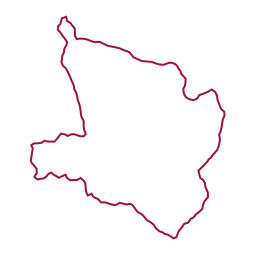 Indaiatuba, São Paulo, Brazil, rotated 183°
{"feature_id": "56859067B18588423436389", "entity_name": "Indaiatuba", "entity_type": "district", "adm_level": 2, "iso_a3": "BRA", "parent_name": "Brazil", "parent_adm1": "São Paulo", "projection": "albers", "projection_center": [-47.191, -23.112], "detail": "fine", "context": "isolated", "style": "outline", "palette": "rose", "viewbox_px": 256, "rotation_deg": 183, "n_neighbors": 0, "source": "geoboundaries", "source_scale": "gbopen_adm2", "svg_char_len": 2533}
<svg xmlns="http://www.w3.org/2000/svg" viewBox="0 0 256 256"><g transform="rotate(183 128 128)"><path d="M199.8,234.0L200.4,230.8L201.1,228.1L203.2,226.0L203.2,222.3L200.5,219.8L197.7,216.1L195.4,213.5L193.3,210.6L193.9,207.5L195.7,203.9L196.0,200.1L197.4,196.7L197.5,193.2L198.0,190.3L196.0,186.6L193.3,184.4L190.9,180.7L189.2,177.3L187.2,173.2L184.5,167.8L183.6,163.7L181.6,160.7L180.4,156.9L179.7,153.5L177.4,148.0L176.4,143.3L175.8,139.9L175.1,136.9L172.6,132.6L172.5,128.0L171.7,123.8L169.8,119.8L171.8,117.5L174.5,117.2L178.4,118.1L181.4,119.0L184.5,118.7L187.9,116.9L190.4,118.3L194.5,118.9L198.1,113.8L200.6,110.6L204.0,110.4L207.7,110.3L210.7,110.9L213.4,108.8L216.8,108.0L220.9,107.8L223.7,105.8L222.0,102.6L222.5,99.0L222.9,94.4L223.3,90.4L222.3,88.0L220.2,85.9L217.2,82.5L216.7,78.3L218.9,74.2L215.6,71.8L212.7,72.7L209.6,73.2L207.2,75.0L205.0,78.0L202.4,79.5L199.8,77.4L197.3,76.4L194.5,74.7L190.7,76.7L188.0,78.1L186.1,74.7L182.7,72.7L179.8,73.2L176.6,73.2L172.7,75.5L169.8,73.4L167.7,70.5L167.0,64.8L165.9,60.7L164.5,58.5L160.9,60.5L159.5,58.0L157.3,56.6L154.2,55.5L151.0,52.3L146.5,52.5L143.1,51.5L140.0,50.7L137.2,50.4L134.8,51.1L132.5,52.9L129.2,52.3L125.5,51.5L122.5,52.3L119.8,51.6L116.9,48.1L114.1,44.7L111.0,43.2L108.3,41.4L106.2,39.1L104.2,36.8L100.9,35.3L97.2,32.7L95.0,29.4L91.2,26.5L87.9,25.6L85.9,24.1L83.0,23.7L80.3,22.4L76.9,20.2L73.9,21.6L73.1,24.3L71.8,28.0L70.1,30.0L68.6,32.3L67.0,35.1L63.1,36.6L60.7,40.5L57.6,42.4L55.8,45.2L52.4,48.1L49.5,51.2L49.1,54.9L48.0,58.5L46.4,60.7L44.6,63.0L44.9,67.9L47.6,73.1L48.3,77.1L50.4,80.1L53.2,81.9L54.2,85.0L55.4,89.1L52.7,92.1L50.0,94.9L47.5,98.0L45.7,100.9L43.6,102.7L42.1,105.3L40.0,107.8L37.7,110.9L36.3,115.2L35.8,118.9L35.7,122.3L36.7,126.1L35.3,129.4L34.9,132.2L34.4,135.3L34.1,138.3L33.8,141.3L32.3,145.5L32.7,149.2L36.3,152.2L37.6,155.2L39.2,158.7L40.2,161.3L40.7,164.7L42.8,168.6L46.4,170.8L50.4,168.2L54.5,166.2L58.4,164.6L61.0,160.5L64.6,159.2L68.1,160.0L71.1,161.3L73.2,163.7L74.4,166.8L74.8,170.2L73.4,172.9L73.0,176.1L73.0,180.2L75.6,182.9L77.8,185.0L78.6,187.7L80.7,190.0L82.3,192.7L84.3,194.4L87.6,195.4L90.0,195.4L92.5,194.4L95.6,193.0L100.0,193.1L103.5,193.9L107.5,195.2L111.3,195.4L117.7,195.6L126.1,198.8L128.4,201.4L130.5,203.6L133.3,204.7L136.7,205.6L140.5,207.2L146.5,208.2L152.3,209.0L157.4,211.1L161.0,212.6L165.1,211.9L167.9,212.4L172.7,214.0L175.7,214.7L181.2,214.8L183.8,214.0L185.7,217.0L186.0,220.8L186.4,224.7L189.0,227.4L190.7,229.6L194.5,231.8L195.6,235.8L199.8,234.0Z" fill="none" stroke="#9f1239" stroke-width="2"/></g></svg>